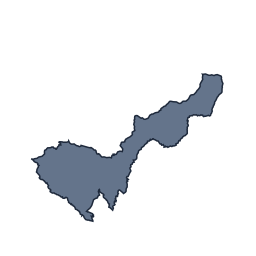 Perisani, Vâlcea, Romania (Equal Earth projection), rotated 38°
{"feature_id": "2599482B30849620277031", "entity_name": "Perisani", "entity_type": "district", "adm_level": 2, "iso_a3": "ROU", "parent_name": "Romania", "parent_adm1": "Vâlcea", "projection": "equal_earth", "projection_center": [24.456, 45.453], "detail": "fine", "context": "isolated", "style": "filled", "palette": "slate", "viewbox_px": 256, "rotation_deg": 38, "n_neighbors": 0, "source": "geoboundaries", "source_scale": "gbopen_adm2", "svg_char_len": 5945}
<svg xmlns="http://www.w3.org/2000/svg" viewBox="0 0 256 256"><g transform="rotate(38 128 128)"><path d="M155.6,224.0L157.7,223.1L157.3,222.6L155.1,221.4L154.4,220.4L153.8,220.2L155.1,219.7L155.4,219.2L155.3,218.9L154.2,218.8L154.6,218.2L154.3,217.8L153.6,217.9L152.8,217.4L148.2,218.6L147.7,219.1L147.2,218.8L146.7,219.1L146.7,218.1L147.4,214.3L147.1,211.3L145.0,205.6L145.9,203.3L146.8,202.2L146.9,201.8L146.5,201.0L146.3,199.6L146.9,198.4L143.7,196.3L143.1,194.5L143.2,194.0L143.5,194.1L144.0,194.9L145.4,195.7L149.7,195.3L150.3,195.7L150.1,196.2L150.2,196.6L151.4,197.7L154.8,197.8L155.4,198.2L156.0,198.0L156.6,198.2L158.5,199.3L159.4,199.5L160.1,199.4L160.2,200.0L160.8,200.3L161.1,201.2L161.7,202.2L162.9,201.8L166.5,202.2L165.8,200.1L165.0,199.8L164.2,199.1L164.3,198.2L164.8,197.1L164.9,196.4L163.4,195.7L162.6,194.4L162.6,193.7L163.8,193.7L163.6,192.7L163.2,192.2L161.6,191.8L161.7,190.9L160.5,189.4L160.5,189.1L160.9,188.6L161.7,188.6L161.8,188.2L160.7,186.5L160.9,185.7L159.7,185.2L159.4,184.2L159.0,183.9L158.9,183.0L159.3,182.2L159.8,182.0L163.9,182.2L164.8,182.4L165.5,180.1L165.4,179.0L164.2,177.4L163.8,176.4L163.7,175.1L161.9,172.7L160.2,171.6L160.1,171.3L160.6,170.4L159.1,169.7L159.1,169.4L159.9,168.9L160.0,168.3L157.7,168.3L157.4,168.1L157.1,166.9L157.9,166.2L157.9,165.9L156.9,161.9L156.9,160.6L156.5,159.9L154.5,158.8L154.1,158.2L154.3,157.1L154.1,156.5L153.2,156.0L152.8,155.3L153.6,154.0L153.2,153.2L153.0,152.5L153.9,151.1L152.0,150.0L153.3,148.9L153.7,146.9L153.1,145.8L152.1,144.6L151.6,143.7L151.2,141.9L151.4,141.4L150.4,139.5L150.7,138.1L151.5,136.8L150.7,135.1L151.0,134.7L151.0,134.1L151.5,133.1L151.6,132.0L151.4,130.8L152.0,128.9L151.8,128.3L152.4,127.6L151.5,126.4L152.9,125.0L152.5,123.3L152.7,123.1L153.5,123.4L154.2,121.9L154.1,121.3L154.5,120.9L155.6,121.1L156.5,120.6L158.7,120.4L159.9,119.7L162.7,120.8L163.4,120.7L163.9,120.1L165.1,120.8L165.5,120.5L166.0,119.4L167.8,120.2L168.2,120.9L168.7,120.3L168.7,119.4L169.5,119.5L170.3,118.5L171.3,118.7L172.5,116.1L174.0,115.6L174.4,114.3L175.2,114.0L176.3,112.3L176.5,111.7L175.7,111.2L175.5,110.8L176.7,109.2L175.9,106.7L176.9,106.0L176.3,104.9L176.5,103.1L176.9,102.4L176.6,101.4L177.0,99.8L177.7,98.8L178.1,96.0L177.8,95.4L176.9,94.5L176.5,93.7L175.6,93.1L175.4,92.4L174.1,90.8L174.2,89.9L173.8,88.7L172.7,88.1L172.1,88.0L171.0,85.3L170.6,85.3L170.3,85.9L170.0,85.7L169.7,84.7L168.8,82.9L169.7,81.8L169.1,80.8L169.4,80.2L170.1,79.8L170.6,78.9L171.3,78.6L171.3,77.6L171.6,77.1L172.9,76.5L173.6,75.5L175.3,75.6L175.5,74.8L177.0,74.0L177.4,72.7L178.3,72.5L178.9,71.9L180.1,72.5L180.7,72.4L181.2,71.4L181.9,71.0L183.6,68.5L184.7,68.4L185.3,67.4L184.6,65.8L184.7,64.9L184.1,63.4L184.0,62.8L182.8,61.9L182.6,61.0L182.1,60.1L182.2,59.4L181.5,57.5L181.6,56.8L181.3,56.4L181.2,55.6L180.3,54.2L180.2,52.1L179.3,48.5L179.5,48.0L179.3,45.7L180.0,42.8L179.9,41.8L177.8,39.0L177.2,37.7L176.6,37.3L175.4,34.5L173.0,33.2L172.4,32.4L171.5,32.1L170.4,30.4L169.4,29.8L165.4,31.0L164.1,32.5L163.5,33.7L161.4,34.5L160.8,35.0L160.5,35.7L159.2,36.7L155.9,37.7L154.5,39.0L154.2,39.6L153.6,39.8L154.5,40.4L155.5,42.3L157.0,43.8L157.5,47.5L157.9,49.3L159.2,50.7L159.6,52.5L159.6,54.4L159.4,56.0L159.6,58.0L159.3,61.1L157.4,63.1L157.1,64.1L157.8,67.8L157.3,70.7L156.9,71.4L154.9,73.0L154.3,76.1L153.7,76.8L152.7,77.3L150.2,77.6L147.6,79.4L145.2,80.6L144.4,81.5L144.4,84.2L143.9,85.9L144.1,87.3L143.0,88.9L142.6,90.8L142.2,91.7L142.1,92.6L142.9,93.9L142.0,94.9L142.3,95.9L142.2,96.8L140.1,99.2L139.0,101.8L138.2,102.3L137.3,104.7L137.6,105.8L137.8,108.0L136.2,110.6L135.0,111.3L133.2,111.1L132.7,111.5L132.5,112.1L131.7,112.3L127.8,112.5L126.7,113.2L126.1,114.5L126.9,115.9L128.0,117.1L127.9,118.0L129.5,119.3L129.6,120.2L130.0,120.7L130.2,121.5L132.5,123.0L132.9,124.1L134.9,125.8L133.9,128.6L134.3,129.4L135.4,130.3L135.5,131.3L135.0,133.8L133.8,136.3L133.5,137.5L133.1,138.2L133.5,140.6L133.9,140.8L133.1,142.0L131.9,142.9L131.8,144.0L132.4,145.0L132.5,146.3L132.7,146.7L136.5,147.6L137.2,148.4L138.0,150.1L135.9,151.2L134.6,153.2L135.0,155.9L134.6,156.5L133.1,157.1L133.0,157.3L133.4,157.7L132.7,157.8L133.3,158.5L132.4,158.9L132.4,159.9L133.3,161.7L131.5,162.5L129.4,164.5L126.9,165.5L125.5,166.9L123.8,166.8L122.1,166.3L120.9,166.3L120.5,166.5L120.5,167.0L119.4,167.5L117.5,166.4L117.1,165.8L115.9,165.5L114.9,166.2L113.5,166.0L111.1,166.1L110.7,166.3L110.6,166.8L108.6,167.8L101.7,170.6L102.0,171.4L101.4,172.4L101.0,172.7L99.6,172.9L98.5,173.5L96.9,173.7L95.4,173.7L93.6,175.4L92.6,175.7L91.1,175.7L89.2,174.7L89.5,175.4L88.5,176.9L85.6,179.2L84.8,179.4L82.6,180.9L82.3,181.7L82.9,181.9L84.4,181.7L85.5,182.8L84.1,183.5L83.9,183.9L84.5,184.7L84.2,185.8L84.3,187.5L84.6,188.0L84.6,188.8L84.2,189.1L83.2,188.7L82.0,189.5L81.2,189.1L80.5,189.1L80.2,189.7L79.4,190.2L79.4,190.8L78.8,191.5L76.9,193.1L76.7,194.6L76.9,195.3L76.1,196.9L76.8,198.2L78.2,199.8L77.7,203.2L75.5,205.9L75.0,207.9L73.3,209.7L72.5,211.1L70.7,211.8L73.8,211.7L74.5,212.2L76.3,212.0L77.5,211.4L79.0,211.6L79.4,212.5L80.9,212.3L80.8,213.2L81.6,214.4L81.4,215.2L82.0,217.1L82.7,218.1L82.9,219.0L87.6,219.9L88.8,220.9L89.0,221.4L88.8,221.9L89.7,222.2L91.3,222.1L92.2,221.3L93.9,221.3L94.1,221.4L94.5,221.2L97.5,222.0L97.9,221.8L98.0,221.2L99.3,221.9L100.9,222.4L101.0,223.5L101.7,224.0L102.7,224.4L104.8,224.2L105.3,224.4L105.6,225.0L105.4,225.7L106.0,226.1L108.2,225.9L108.8,225.6L109.7,224.7L111.0,224.7L111.8,224.3L112.8,224.4L114.3,223.6L115.2,223.7L116.0,223.3L117.1,223.6L118.2,223.3L118.7,222.7L119.2,223.3L120.1,223.3L121.1,222.6L121.1,222.2L121.6,221.8L121.8,220.8L123.4,220.5L125.0,221.9L126.2,222.3L127.0,223.2L129.4,223.1L130.1,223.4L130.5,223.3L130.4,222.7L131.4,223.0L132.1,222.8L132.5,223.1L133.9,222.9L135.2,223.3L136.6,224.3L137.9,223.8L139.1,223.9L140.1,223.6L141.1,224.0L141.4,223.8L143.6,225.3L145.1,224.7L145.3,224.7L145.6,225.3L145.7,224.6L147.3,224.7L148.6,225.6L151.0,226.2L152.8,225.5L154.0,224.6L155.1,224.4L155.6,224.0Z" fill="#64748b" stroke="#1e293b" stroke-width="1.5"/></g></svg>